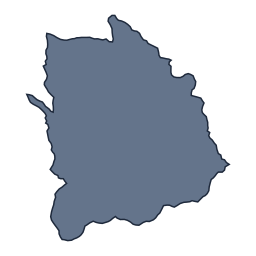 the district of Apiúna, Santa Catarina, Brazil
{"feature_id": "56859067B74318633317115", "entity_name": "Apiúna", "entity_type": "district", "adm_level": 2, "iso_a3": "BRA", "parent_name": "Brazil", "parent_adm1": "Santa Catarina", "projection": "mercator", "projection_center": [-49.375, -27.12], "detail": "fine", "context": "isolated", "style": "filled", "palette": "slate", "viewbox_px": 256, "rotation_deg": 0, "n_neighbors": 0, "source": "geoboundaries", "source_scale": "gbopen_adm2", "svg_char_len": 3074}
<svg xmlns="http://www.w3.org/2000/svg" viewBox="0 0 256 256"><path d="M157.6,48.2L148.1,43.5L146.5,40.8L143.4,39.8L141.0,36.5L139.5,33.3L136.9,31.3L134.3,30.9L131.8,29.9L130.2,26.7L127.6,24.3L124.8,22.4L121.6,21.0L118.4,20.3L116.7,18.6L114.8,15.4L112.0,15.4L108.6,18.2L108.1,21.2L110.3,24.8L112.0,28.6L112.2,32.6L112.6,35.8L113.3,39.0L112.5,41.9L109.2,41.7L106.1,39.0L102.9,39.9L100.6,39.5L97.9,38.8L94.4,38.9L92.1,38.2L89.8,37.3L87.1,37.4L84.2,37.4L81.6,37.4L79.1,37.7L76.6,37.8L74.6,38.6L72.2,38.8L69.8,39.4L66.9,40.2L64.2,40.1L60.5,39.4L56.9,37.6L53.7,35.6L50.1,34.1L46.8,33.4L46.4,36.4L47.4,40.2L47.7,44.3L47.5,47.5L46.0,50.2L45.9,53.8L46.8,56.2L47.0,58.9L45.3,61.2L46.2,64.5L43.3,66.1L44.7,69.2L46.2,72.5L47.4,75.9L46.5,79.3L44.5,82.3L44.3,84.7L45.5,86.8L47.0,89.1L48.4,91.8L50.7,94.3L53.8,97.3L53.1,100.7L52.8,103.2L53.3,106.5L53.4,109.8L53.1,112.2L50.7,111.2L49.4,109.3L47.5,107.8L45.5,106.4L44.0,104.1L42.4,102.0L39.9,101.1L37.0,99.7L34.9,97.9L32.3,95.6L29.2,94.7L26.8,94.4L28.0,97.0L29.1,99.8L30.5,102.3L33.2,104.2L36.3,105.8L39.0,107.3L41.4,109.5L43.5,111.6L45.1,113.4L46.4,115.9L45.2,117.9L46.7,121.0L45.7,123.1L47.8,124.4L48.9,128.0L47.0,131.0L47.6,134.0L48.2,137.1L48.9,140.4L51.2,143.5L52.1,146.9L51.3,149.9L52.6,152.0L54.2,153.8L54.8,156.0L54.9,159.0L53.9,161.6L53.0,164.9L50.2,169.4L52.0,171.4L54.7,174.1L57.9,175.5L58.5,177.9L60.7,178.7L63.3,178.7L64.7,181.0L66.6,183.4L64.5,185.0L62.0,187.2L59.3,188.9L56.9,191.6L55.0,194.2L55.6,197.4L54.2,201.4L53.7,204.8L52.6,208.1L51.5,212.0L50.7,216.7L51.5,220.0L52.9,222.2L54.8,224.9L57.0,227.8L59.0,230.7L59.1,233.9L60.5,237.1L62.1,239.5L64.2,239.7L67.7,240.6L71.6,240.2L74.0,238.9L76.7,237.9L79.3,236.4L81.1,234.8L83.0,232.2L84.1,229.0L84.9,226.1L87.2,224.7L89.7,222.9L93.2,221.2L96.2,222.4L98.8,223.0L102.3,223.4L105.6,222.4L108.2,221.6L110.4,220.4L112.7,218.4L115.4,216.5L117.1,218.1L120.3,219.5L124.3,219.4L127.4,220.3L130.5,222.0L133.1,224.2L135.8,225.0L139.0,225.2L143.3,222.4L146.2,221.3L149.3,221.5L153.4,219.8L155.7,217.8L157.7,214.9L159.8,213.0L162.0,208.7L163.5,205.6L167.0,205.1L169.6,205.2L172.1,206.4L174.3,207.1L176.8,205.7L180.2,203.5L183.9,202.3L186.6,202.1L189.9,201.7L192.0,200.7L194.6,201.3L197.8,201.9L200.6,199.0L202.9,196.7L205.3,195.5L207.2,193.6L208.8,190.7L209.2,186.9L210.2,182.9L211.2,179.5L213.4,177.8L215.3,175.6L216.7,173.6L218.3,172.1L222.3,172.1L224.5,170.1L225.2,166.8L229.2,164.4L226.4,162.5L224.5,159.8L221.7,159.0L220.8,155.1L218.3,153.5L216.9,149.4L216.2,145.2L214.3,143.1L212.2,140.0L209.8,137.9L208.7,135.6L209.7,132.5L207.3,130.9L208.1,128.0L207.7,125.7L207.7,122.3L206.9,119.6L206.3,116.7L203.7,114.2L202.3,112.5L201.8,109.9L202.6,106.4L204.0,103.0L202.4,100.8L200.8,98.1L197.4,97.1L194.0,96.2L191.3,95.5L191.3,92.8L192.1,89.8L194.0,88.5L195.3,85.1L195.7,81.5L194.5,79.4L193.1,75.8L190.5,74.4L188.2,73.6L185.2,74.5L183.1,76.3L180.3,77.6L176.4,77.5L173.8,76.9L171.6,75.0L170.9,72.4L170.9,69.6L171.0,66.3L168.9,64.4L169.3,61.8L171.1,60.2L168.8,59.1L166.5,58.8L163.0,58.0L160.4,57.6L159.0,55.3L158.6,52.3L157.6,48.2Z" fill="#64748b" stroke="#1e293b" stroke-width="1.5"/></svg>